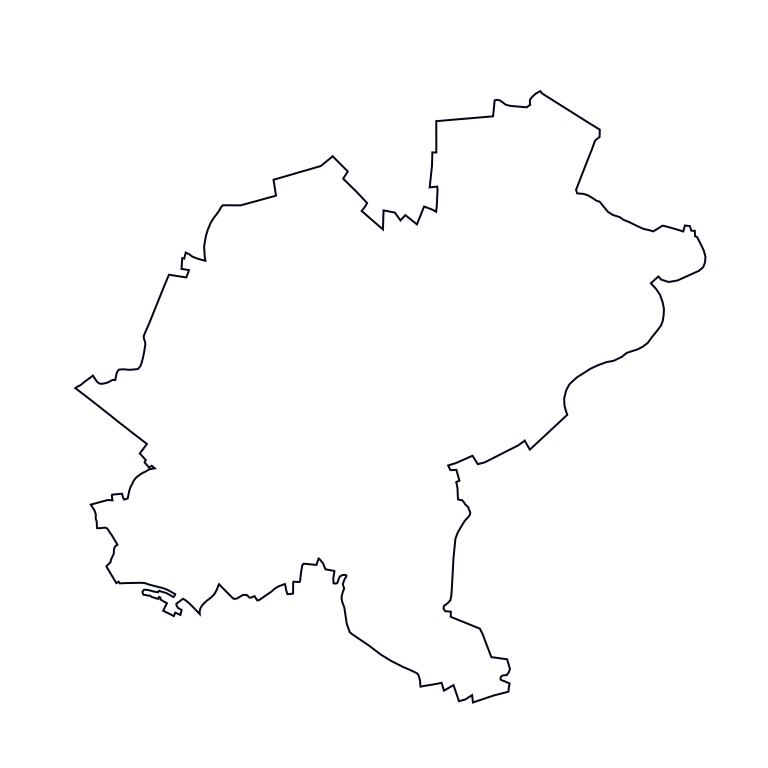 the district of Ha Dong, Ha Noi, Vietnam, rotated 186°
{"feature_id": "81297802B46977673973725", "entity_name": "Ha Dong", "entity_type": "district", "adm_level": 2, "iso_a3": "VNM", "parent_name": "Vietnam", "parent_adm1": "Ha Noi", "projection": "robinson", "projection_center": [105.762, 20.954], "detail": "fine", "context": "isolated", "style": "outline", "palette": "ink", "viewbox_px": 768, "rotation_deg": 186, "n_neighbors": 0, "source": "geoboundaries", "source_scale": "gbopen_adm2", "svg_char_len": 5926}
<svg xmlns="http://www.w3.org/2000/svg" viewBox="0 0 768 768"><g transform="rotate(186 384 384)"><path d="M259.2,691.6L263.0,689.0L265.9,686.0L268.3,682.6L268.5,679.8L267.8,677.0L271.1,674.1L275.1,674.0L287.6,673.8L292.1,674.5L294.7,676.1L296.9,677.3L298.9,678.3L301.7,678.4L303.6,677.6L303.5,663.4L303.5,661.6L322.4,658.0L359.4,650.9L359.5,650.9L356.4,622.0L356.2,619.7L360.1,619.4L359.1,606.3L359.1,584.3L351.8,585.9L351.1,583.4L350.1,566.6L350.2,560.7L354.5,562.6L362.7,564.7L367.9,546.2L380.4,554.2L384.7,548.4L391.1,555.6L402.6,556.6L401.2,537.6L424.3,553.7L421.8,557.7L419.7,562.2L431.3,572.2L446.1,583.9L442.2,591.6L459.0,605.2L459.4,604.5L469.6,594.2L515.2,575.6L511.1,560.0L545.2,546.7L563.0,544.9L564.5,542.8L566.5,538.3L569.0,534.1L571.6,529.7L573.4,525.6L575.4,519.0L576.6,512.5L577.0,506.9L577.3,501.7L576.4,496.9L575.7,492.2L574.5,487.9L580.7,488.8L583.1,489.3L588.0,490.7L591.5,492.8L594.9,494.0L595.8,487.9L597.8,488.1L597.4,477.3L589.9,476.9L590.1,475.4L591.8,469.3L609.3,470.2L612.5,459.6L624.0,419.3L627.2,409.3L628.0,406.1L627.1,403.1L625.9,400.5L625.5,398.4L625.9,390.6L626.5,384.6L627.4,378.9L628.2,376.1L630.4,373.1L637.9,371.6L645.6,371.3L649.3,370.5L650.4,368.5L651.0,367.0L651.3,364.1L651.7,359.8L653.3,359.8L654.8,359.4L659.3,356.4L663.6,354.9L666.0,354.6L667.2,354.8L669.1,355.8L670.2,356.9L674.4,361.9L675.6,360.7L680.4,356.4L681.2,355.7L684.6,352.3L684.9,351.8L685.7,351.3L687.1,350.2L688.2,349.6L690.6,347.6L688.4,346.3L675.8,338.6L673.5,337.2L668.9,334.3L660.1,328.7L653.7,324.7L644.1,318.5L643.6,318.2L643.0,317.8L639.2,315.5L638.7,315.2L638.4,315.0L637.0,314.1L629.0,309.1L622.3,305.0L615.3,300.7L613.5,299.6L619.6,289.4L613.0,283.5L613.9,281.0L611.4,278.7L609.0,276.4L606.4,278.4L603.2,276.2L605.2,275.6L608.7,274.5L612.1,271.9L614.2,270.7L614.9,270.2L615.9,269.5L619.5,266.3L621.6,263.8L622.8,261.7L623.4,260.0L623.7,258.9L625.4,255.0L626.2,250.9L626.9,243.4L630.3,241.9L631.2,243.0L633.1,247.5L642.9,245.5L643.0,244.3L641.9,239.9L646.3,239.8L648.6,239.0L663.0,233.4L658.7,228.0L656.9,223.9L656.8,221.3L656.6,219.8L655.4,217.4L655.2,216.1L654.9,214.3L654.6,212.4L654.2,210.6L652.9,210.7L647.7,211.7L646.5,212.0L644.2,211.4L639.8,206.1L639.3,205.7L632.8,197.0L632.3,196.3L634.5,194.4L635.0,192.8L635.2,189.9L635.0,186.9L636.1,183.8L637.3,180.2L637.3,178.3L641.1,173.6L629.4,158.0L627.3,159.7L626.0,158.1L620.9,158.9L616.7,159.4L605.1,160.9L601.8,161.0L601.0,161.0L596.9,160.0L586.2,158.4L585.2,158.3L582.5,157.9L578.6,156.9L575.2,155.6L572.1,154.2L569.7,153.2L569.9,152.1L570.4,151.2L571.2,150.1L576.1,152.3L578.8,153.4L582.2,154.0L586.2,154.8L586.9,153.3L590.3,153.4L596.4,154.4L600.1,154.5L601.2,154.2L602.0,153.1L602.5,151.9L601.9,150.2L601.1,149.2L600.1,149.3L596.5,148.9L594.3,149.0L593.0,148.0L586.4,146.7L585.4,148.7L584.1,148.2L583.9,146.4L579.0,144.1L577.0,143.4L579.9,135.4L572.0,132.5L568.8,131.2L568.4,132.4L567.6,134.8L562.4,133.0L561.7,137.5L561.7,138.1L565.6,139.9L567.4,142.6L567.5,143.8L566.3,144.9L561.4,149.4L559.1,148.4L555.1,145.8L549.8,141.5L543.2,135.9L543.6,138.5L543.2,141.3L542.2,144.0L540.4,146.7L537.5,150.0L533.9,153.4L531.7,156.0L530.4,158.0L528.8,161.9L527.6,166.4L527.2,167.6L513.0,156.0L511.1,154.7L509.5,154.8L507.8,155.3L502.2,159.5L498.6,159.9L495.7,157.7L494.0,157.6L490.6,159.5L487.4,155.5L485.7,156.0L474.3,165.7L471.7,168.7L467.6,171.8L461.7,174.7L461.0,173.0L459.7,168.7L459.1,167.2L458.3,165.2L457.9,164.9L452.8,165.9L452.5,166.3L452.8,168.5L452.9,170.0L453.1,172.4L453.5,176.2L453.4,177.9L447.3,178.2L446.9,179.0L446.8,188.3L446.3,195.3L445.1,196.9L432.3,197.0L430.8,203.6L429.5,202.8L425.8,199.2L422.9,193.6L413.9,192.9L413.7,192.0L414.0,188.1L414.1,184.9L413.3,180.5L410.8,180.5L410.0,181.0L409.3,182.2L408.7,185.4L407.8,187.9L405.7,189.5L403.2,190.1L401.8,189.9L401.4,189.5L401.4,188.4L402.5,186.5L403.5,183.2L404.0,180.8L403.0,177.9L402.3,176.8L402.4,175.8L403.3,172.6L403.9,168.3L403.6,165.3L402.4,162.1L400.1,157.5L398.6,151.8L396.0,141.7L392.2,133.7L389.4,131.8L382.5,128.1L372.0,122.5L359.1,114.7L348.2,109.4L335.2,104.5L327.5,102.1L326.1,101.6L323.6,100.8L320.8,99.6L319.5,98.4L319.0,97.3L317.2,93.1L316.4,88.2L316.0,86.8L313.3,87.7L306.9,89.4L298.7,91.8L295.5,92.8L292.3,85.3L283.4,91.8L276.3,76.4L270.2,78.7L263.9,83.8L262.2,76.6L242.3,85.7L228.1,91.0L228.1,93.3L228.2,93.6L228.1,95.1L228.0,96.7L227.9,98.5L227.8,99.3L233.1,101.0L236.0,101.7L237.2,102.3L237.4,103.3L237.0,105.0L236.2,106.2L233.8,107.0L231.6,107.2L229.7,110.5L228.9,113.9L230.2,116.8L232.8,123.1L248.7,123.6L259.9,145.8L263.1,150.7L293.3,159.4L293.7,164.5L299.5,164.5L301.3,166.8L301.3,169.4L297.4,173.1L295.4,175.9L295.0,179.7L295.0,184.6L296.7,218.0L296.8,237.6L295.1,244.1L291.6,251.8L289.3,256.5L286.9,259.7L285.2,262.1L284.7,264.9L287.5,270.5L290.5,272.6L292.3,274.9L294.2,276.6L295.7,276.6L298.3,277.0L298.9,280.3L300.0,288.0L301.9,294.1L298.9,295.7L303.0,306.2L309.0,305.3L311.7,309.7L304.3,312.8L288.5,321.9L282.3,314.1L275.8,316.5L244.1,337.0L239.1,341.4L238.2,342.4L232.1,334.0L209.5,359.9L198.5,372.5L200.6,376.9L202.4,382.1L203.3,388.6L202.3,396.2L200.2,401.7L199.2,403.6L195.8,407.5L192.5,411.1L184.8,417.1L180.1,420.9L173.0,425.1L165.1,429.0L158.2,431.0L150.5,435.7L146.0,440.2L143.0,441.6L135.5,444.9L130.6,448.1L126.0,452.4L122.3,458.8L117.8,465.7L114.5,471.4L113.4,475.8L113.1,481.8L113.4,487.8L115.5,494.6L118.7,501.4L123.4,507.0L129.1,512.1L122.4,519.6L119.2,516.8L111.6,515.2L103.0,517.6L82.6,529.5L79.0,533.3L78.7,533.6L77.4,538.7L77.6,544.1L79.9,550.1L83.1,555.4L87.9,562.8L90.1,563.5L90.9,568.8L94.4,568.6L96.3,573.0L101.3,573.1L102.3,567.0L110.0,568.5L119.4,570.1L123.6,570.6L125.3,569.2L132.2,563.9L136.2,564.7L142.2,565.4L148.0,567.3L156.9,570.6L162.7,572.2L167.0,574.6L174.3,576.1L179.5,578.8L188.6,587.9L191.6,588.4L195.4,590.4L200.7,592.9L205.2,593.9L211.8,593.8L213.3,597.2L205.7,625.1L203.5,633.0L201.8,638.9L199.5,648.2L195.4,652.3L196.0,659.5L208.3,665.4L256.8,689.3L259.2,691.6Z" fill="none" stroke="#020617" stroke-width="2"/></g></svg>